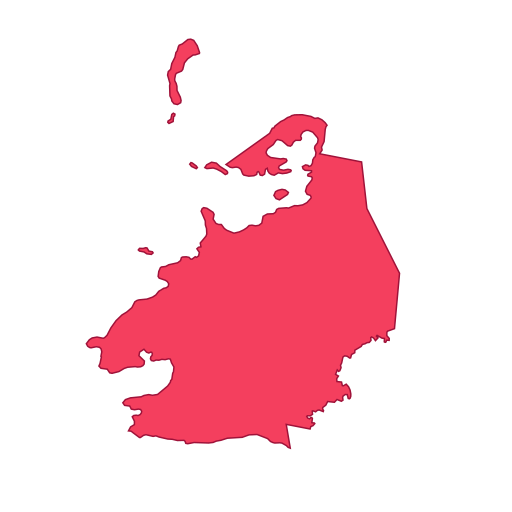 the district of National Capital District, National Capital District, Papua New Guinea, rotated 101°
{"feature_id": "67681753B89852769449867", "entity_name": "National Capital District", "entity_type": "district", "adm_level": 2, "iso_a3": "PNG", "parent_name": "Papua New Guinea", "parent_adm1": "National Capital District", "projection": "mercator", "projection_center": [147.2, -9.446], "detail": "fine", "context": "isolated", "style": "filled", "palette": "rose", "viewbox_px": 512, "rotation_deg": 101, "n_neighbors": 0, "source": "geoboundaries", "source_scale": "gbopen_adm2", "svg_char_len": 6150}
<svg xmlns="http://www.w3.org/2000/svg" viewBox="0 0 512 512"><g transform="rotate(101 256 256)"><path d="M171.9,302.9L173.8,298.3L173.8,296.1L172.5,292.5L172.5,290.1L173.8,287.4L178.0,284.7L178.9,283.4L179.0,278.3L177.6,273.3L175.8,270.9L173.6,270.9L172.7,270.0L173.1,269.1L175.8,267.3L175.8,265.1L174.0,263.2L169.1,263.2L167.7,261.7L170.4,260.5L172.2,258.7L173.1,256.3L173.2,253.5L170.1,249.9L170.1,245.8L168.7,241.6L166.6,238.0L165.3,237.8L164.8,238.5L164.8,241.2L166.5,245.3L166.5,249.5L165.0,250.7L163.2,250.4L157.9,244.3L156.5,243.8L155.1,244.8L155.1,247.9L156.0,250.3L156.5,260.4L155.0,264.0L152.8,265.8L151.0,265.8L148.3,264.9L143.3,260.3L138.7,258.4L137.5,256.9L137.9,252.4L141.6,246.0L141.6,243.2L140.3,242.0L137.1,241.0L134.9,239.2L134.0,234.6L132.6,233.8L131.3,234.0L130.4,234.9L128.1,234.9L125.3,233.6L123.2,230.9L122.7,228.5L123.6,223.9L128.2,218.1L130.0,217.2L133.2,217.2L136.9,219.1L139.0,219.1L143.2,216.8L147.2,216.8L148.1,217.7L150.8,218.6L154.1,218.3L156.8,219.2L158.0,221.1L157.1,222.3L157.1,224.7L159.4,227.5L161.4,226.5L162.5,224.2L161.7,217.8L163.1,217.5L165.8,220.6L167.0,220.7L167.6,220.2L167.6,216.6L168.6,215.7L170.7,215.7L177.9,219.4L183.0,219.8L185.7,217.6L186.1,214.3L187.6,213.1L188.8,213.1L193.9,216.2L196.9,219.9L198.7,224.5L199.2,227.8L202.8,233.3L202.8,235.1L204.9,242.8L206.4,244.6L209.4,245.2L211.2,247.1L212.6,252.9L215.7,256.6L222.6,256.6L225.3,259.0L226.5,262.2L226.5,265.8L227.4,268.6L230.1,270.4L232.8,273.2L235.5,276.9L237.8,282.0L236.3,289.7L235.0,292.4L231.7,296.0L232.2,298.8L231.7,301.5L228.0,305.1L223.1,305.1L221.3,306.5L218.5,313.3L218.5,316.6L219.8,317.9L222.5,318.4L231.2,312.5L235.2,311.6L238.5,309.8L243.9,308.5L246.1,308.9L253.9,313.2L257.5,311.8L258.4,314.1L260.2,315.4L263.3,312.3L266.9,312.4L268.7,314.2L268.3,315.5L271.4,318.3L271.4,319.7L270.1,321.5L270.1,324.3L271.0,327.9L271.8,328.9L274.9,329.2L277.6,331.6L281.2,339.9L283.5,342.7L284.8,346.7L285.7,347.6L289.7,348.5L294.7,348.2L296.2,346.8L297.1,340.4L298.0,338.2L299.9,336.4L302.6,336.4L304.4,338.2L305.3,340.4L309.2,344.7L313.4,346.9L316.1,349.7L319.1,354.8L321.4,362.5L322.3,364.3L324.1,366.2L330.4,368.0L335.8,372.3L339.4,376.3L346.1,381.0L354.2,384.7L362.3,387.1L365.0,389.0L365.9,390.2L365.9,396.6L367.7,401.2L370.0,403.6L374.5,405.8L376.7,404.0L377.6,401.8L377.6,400.4L375.5,395.4L375.5,392.1L376.8,390.3L379.5,389.1L384.1,389.1L384.6,388.5L391.3,388.6L394.0,389.2L395.8,386.8L395.5,380.4L398.6,377.3L398.6,374.9L395.6,368.5L391.5,363.9L389.7,360.8L387.6,353.4L387.6,351.1L386.7,348.0L385.2,346.1L383.4,345.2L380.4,345.5L376.2,351.9L372.5,351.9L368.9,348.2L371.3,345.1L371.7,342.7L370.4,340.9L370.4,340.0L371.7,339.1L373.5,339.1L375.0,340.0L377.1,340.0L378.6,338.8L378.6,336.4L377.2,334.2L376.8,331.4L375.4,328.7L375.1,325.4L373.6,322.3L373.6,320.4L376.9,318.6L380.6,315.4L385.5,314.9L386.9,315.4L393.2,315.1L394.5,316.0L396.3,316.0L400.5,317.9L410.7,326.2L412.5,331.1L412.5,334.8L414.3,339.4L416.1,341.8L419.2,352.2L421.9,356.8L425.5,358.7L427.7,356.5L427.4,351.3L430.1,349.2L430.1,345.9L428.7,342.2L428.7,340.0L430.2,338.6L432.0,338.6L433.8,339.5L435.1,341.3L435.1,343.2L435.9,345.6L437.4,346.8L441.4,343.8L444.7,343.2L447.7,346.5L452.0,347.8L451.8,345.3L456.4,335.8L456.2,334.8L453.5,332.2L452.4,329.9L452.7,322.6L451.6,319.9L452.2,316.7L452.5,307.7L451.9,303.2L452.1,297.9L450.7,291.5L451.5,290.2L453.3,289.2L453.3,287.2L450.9,281.2L448.6,266.9L447.2,262.5L445.3,259.7L443.6,255.3L440.3,249.3L436.6,234.9L432.9,228.7L431.0,220.9L433.0,209.8L435.3,206.4L435.9,203.8L436.0,201.9L434.8,197.0L434.7,194.8L436.3,190.0L437.7,188.0L438.1,185.7L415.5,194.2L415.5,169.9L413.0,169.7L411.7,167.7L409.3,166.3L408.8,166.8L409.0,169.4L404.8,169.6L403.9,170.4L404.0,171.2L405.6,172.4L405.2,174.4L403.7,175.6L403.0,175.0L402.6,172.4L400.7,170.3L397.5,171.2L397.1,170.5L397.6,167.8L395.8,166.3L395.1,164.7L395.9,160.3L394.8,160.2L393.5,161.4L392.0,161.6L389.1,159.0L385.2,157.9L384.6,151.1L381.4,149.1L382.3,144.5L380.9,143.1L378.2,144.0L376.9,143.8L375.0,142.1L374.6,140.0L378.2,138.3L378.4,137.2L377.7,136.5L375.7,136.2L373.3,136.6L369.6,138.1L366.7,140.2L364.6,143.0L366.7,145.4L366.8,146.5L363.4,148.0L363.8,152.6L361.1,153.4L358.1,152.2L357.0,155.3L352.3,154.5L353.5,152.9L352.6,151.8L349.4,151.2L347.1,152.2L344.7,151.5L338.7,151.4L337.1,150.0L337.0,147.4L338.3,144.6L338.0,143.7L334.4,143.4L332.1,140.6L329.6,141.0L324.7,135.5L322.5,134.7L321.3,132.1L320.0,130.7L319.2,128.3L316.9,127.0L314.2,127.8L313.4,127.1L314.0,125.0L316.3,122.6L313.1,120.6L311.7,122.5L310.8,122.0L312.6,116.7L312.4,114.2L315.8,113.7L316.1,112.8L315.9,112.2L313.7,111.6L313.4,109.2L311.5,109.5L309.2,112.4L305.8,113.0L304.6,112.4L300.9,106.2L245.6,111.8L188.3,156.2L143.5,170.3L143.5,213.0L139.4,211.3L136.6,212.5L130.7,211.0L118.4,212.2L115.8,212.0L114.1,211.2L111.9,213.6L109.7,217.3L108.6,221.5L109.7,224.5L108.5,228.7L108.5,237.6L110.1,245.0L111.4,247.8L112.6,248.9L114.1,251.5L117.1,254.4L119.3,257.4L125.0,262.3L126.8,262.8L127.5,264.4L133.0,266.0L171.9,302.9ZM67.1,350.2L60.8,353.8L56.2,358.3L55.6,361.4L56.5,364.2L61.9,368.8L63.7,371.6L65.1,372.1L69.7,372.5L71.5,373.4L76.4,373.5L83.2,375.4L89.0,375.4L91.7,377.3L95.3,377.3L103.2,373.3L105.3,373.3L115.3,371.0L118.0,368.9L119.8,368.3L122.2,365.6L122.3,362.0L119.9,359.2L117.7,359.2L114.5,360.6L108.6,365.1L104.5,366.0L101.8,367.3L99.6,369.1L97.8,369.6L93.2,369.6L91.8,369.0L88.7,364.4L86.9,363.5L80.1,363.1L75.5,360.7L70.7,356.1L70.2,354.1L68.0,350.2L67.1,350.2ZM175.0,308.4L172.4,312.6L172.4,317.5L175.9,321.8L179.0,323.1L179.6,320.9L177.8,314.8L178.2,311.2L179.7,306.2L181.9,301.7L180.6,299.8L179.2,299.8L177.9,301.1L175.0,308.4ZM187.4,236.3L185.6,239.9L185.6,243.2L187.3,246.9L189.1,249.1L193.1,250.0L195.8,247.3L196.4,243.7L189.6,236.8L187.4,236.3ZM272.6,357.6L271.6,358.5L271.6,362.1L268.9,364.5L268.9,365.8L270.1,368.2L270.7,371.8L272.5,372.7L273.4,371.3L273.4,366.7L274.7,363.6L274.4,359.0L272.6,357.6ZM132.2,362.6L131.6,364.4L133.1,365.7L138.0,365.7L140.3,368.1L141.6,368.1L142.5,366.7L139.8,363.0L134.9,363.5L134.0,362.6L132.2,362.6ZM180.4,330.4L179.0,331.8L176.8,336.4L176.7,337.7L178.5,338.6L180.4,336.4L181.7,331.3L180.4,330.4Z" fill="#f43f5e" stroke="#9f1239" stroke-width="1.5"/></g></svg>